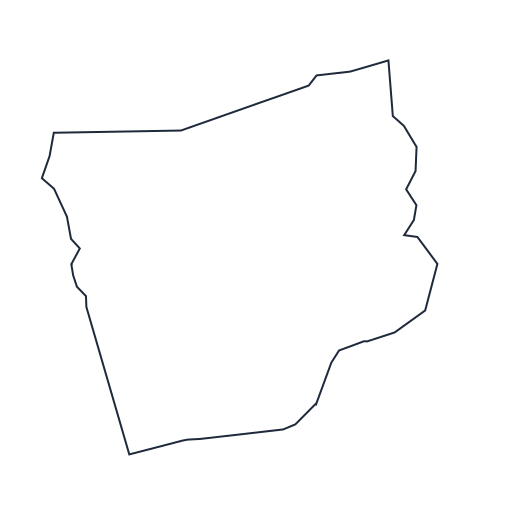 Duplin, North Carolina, United States of America, rotated 74°
{"feature_id": "52423323B66062574427882", "entity_name": "Duplin", "entity_type": "district", "adm_level": 2, "iso_a3": "USA", "parent_name": "United States of America", "parent_adm1": "North Carolina", "projection": "robinson", "projection_center": [-77.918, 34.952], "detail": "fine", "context": "isolated", "style": "outline", "palette": "slate", "viewbox_px": 512, "rotation_deg": 74, "n_neighbors": 0, "source": "geoboundaries", "source_scale": "gbopen_adm2", "svg_char_len": 824}
<svg xmlns="http://www.w3.org/2000/svg" viewBox="0 0 512 512"><g transform="rotate(74 256 256)"><path d="M379.3,213.0L369.7,202.2L367.8,177.0L367.7,175.6L368.7,172.8L367.8,146.3L367.7,143.8L355.0,108.4L313.6,83.8L282.2,95.6L276.8,107.8L264.9,94.3L251.4,87.8L233.3,93.3L218.3,79.2L195.4,71.6L171.6,78.0L168.5,80.0L159.2,85.9L104.5,74.8L104.7,114.7L99.1,148.0L106.7,158.4L109.4,204.5L109.6,208.4L114.7,293.6L81.8,416.4L103.1,426.9L122.2,440.4L135.7,431.6L166.1,426.9L188.5,429.1L200.2,423.3L212.3,435.1L212.5,435.3L212.7,435.5L212.9,435.5L213.1,435.5L213.1,435.8L224.3,437.1L236.2,436.6L247.7,430.5L258.2,433.1L409.9,432.5L411.5,432.5L411.8,432.5L411.9,428.4L413.2,377.1L413.7,372.1L416.5,359.9L430.2,277.7L428.7,264.6L414.6,239.4L415.1,239.1L414.1,238.4L379.3,213.0Z" fill="none" stroke="#1e293b" stroke-width="2"/></g></svg>